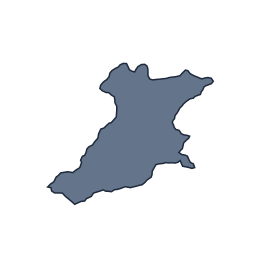 Gonçalves, Minas Gerais, Brazil (Mercator projection), rotated 158°
{"feature_id": "56859067B77873269175892", "entity_name": "Gonçalves", "entity_type": "district", "adm_level": 2, "iso_a3": "BRA", "parent_name": "Brazil", "parent_adm1": "Minas Gerais", "projection": "mercator", "projection_center": [-45.837, -22.682], "detail": "fine", "context": "isolated", "style": "filled", "palette": "slate", "viewbox_px": 256, "rotation_deg": 158, "n_neighbors": 0, "source": "geoboundaries", "source_scale": "gbopen_adm2", "svg_char_len": 2214}
<svg xmlns="http://www.w3.org/2000/svg" viewBox="0 0 256 256"><g transform="rotate(158 128 128)"><path d="M51.0,158.7L53.1,160.2L55.2,159.3L57.6,158.3L60.2,157.0L62.8,157.4L65.1,157.8L68.2,158.7L71.1,159.4L73.8,159.6L77.0,160.5L79.9,161.3L83.5,162.4L87.2,163.4L89.5,165.3L89.8,169.2L88.5,172.4L87.4,175.6L87.2,178.5L88.7,180.8L91.7,181.8L95.8,181.2L98.4,179.5L100.9,177.5L103.6,179.7L104.9,181.7L105.0,184.7L105.2,188.3L108.3,189.7L111.8,189.5L114.1,188.2L117.2,188.0L121.6,187.2L124.3,185.6L126.3,182.7L129.4,180.9L132.6,180.2L135.0,179.2L137.3,177.9L139.3,175.2L137.9,172.2L135.0,169.1L132.5,167.9L131.0,164.7L129.0,162.0L129.7,159.0L130.6,156.3L130.3,152.3L132.0,148.2L134.8,142.6L141.5,139.2L143.6,139.6L150.4,137.0L153.6,137.2L157.3,133.8L159.7,129.9L164.6,127.4L167.3,125.5L171.3,125.2L173.8,124.1L176.3,120.8L178.5,118.8L180.8,118.9L184.0,116.0L183.9,113.6L185.7,111.4L187.6,109.3L192.5,108.4L195.7,107.3L200.5,110.1L207.3,111.6L210.3,110.1L213.0,109.4L216.9,105.9L220.8,105.1L224.6,103.4L221.8,101.5L222.4,98.2L220.5,95.4L213.3,92.3L211.7,88.2L208.2,81.7L206.0,77.2L201.7,77.4L199.0,77.5L195.6,76.5L193.0,78.1L190.7,78.1L187.5,78.4L184.4,80.6L180.9,80.3L177.2,80.0L174.1,79.9L172.4,77.8L170.2,76.8L167.1,75.1L163.9,75.9L160.6,75.0L157.3,74.7L154.8,74.7L152.5,74.6L150.4,73.2L148.1,71.8L145.9,71.5L143.3,71.1L139.8,70.7L136.2,70.1L132.6,71.2L130.3,72.5L127.9,73.1L125.0,73.7L123.3,75.6L121.7,78.8L118.8,81.2L115.7,83.6L112.1,83.0L108.8,82.0L105.8,81.7L103.7,80.5L100.3,79.3L97.6,77.9L94.5,77.5L91.8,78.3L91.8,75.4L91.7,72.1L89.4,70.6L86.9,69.0L83.9,66.6L81.0,66.3L80.8,70.2L83.0,72.7L83.4,75.6L83.4,79.7L85.4,81.6L88.1,83.3L90.0,86.2L87.8,87.5L85.4,88.4L83.9,90.5L81.9,93.4L78.5,94.8L75.7,95.7L73.9,97.3L76.0,99.1L78.5,100.5L80.7,102.7L81.5,106.7L84.2,108.7L84.9,111.2L84.7,114.0L84.9,116.4L83.4,118.2L81.4,119.2L79.7,121.9L76.8,123.6L74.3,125.5L72.3,127.2L69.9,128.1L67.6,129.5L64.8,130.6L62.4,131.2L59.5,131.8L56.3,131.2L53.8,132.2L50.8,132.1L48.3,132.0L46.5,134.1L44.2,135.5L42.3,137.5L39.7,138.1L37.1,137.9L33.9,137.9L31.4,139.4L32.2,143.0L35.0,144.9L38.2,145.6L41.1,145.9L43.1,147.7L44.8,149.4L46.9,151.4L48.5,153.2L50.1,155.3L51.0,158.7Z" fill="#64748b" stroke="#1e293b" stroke-width="1.5"/></g></svg>